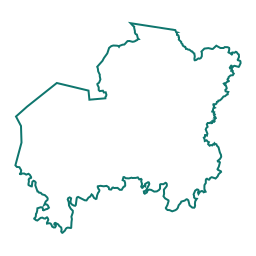 outline of Adansi South, Ashanti, Ghana
{"feature_id": "2480657B97463209696641", "entity_name": "Adansi South", "entity_type": "district", "adm_level": 2, "iso_a3": "GHA", "parent_name": "Ghana", "parent_adm1": "Ashanti", "projection": "robinson", "projection_center": [-1.341, 6.005], "detail": "fine", "context": "isolated", "style": "outline", "palette": "teal", "viewbox_px": 256, "rotation_deg": 0, "n_neighbors": 0, "source": "geoboundaries", "source_scale": "gbopen_adm2", "svg_char_len": 5814}
<svg xmlns="http://www.w3.org/2000/svg" viewBox="0 0 256 256"><path d="M19.2,173.9L20.9,174.2L22.0,173.5L24.2,173.5L26.2,174.6L28.5,173.8L29.8,174.8L31.1,177.0L31.1,177.8L30.6,178.2L29.5,178.3L28.7,179.5L28.9,181.6L28.4,184.1L28.6,185.1L31.0,186.3L31.8,186.3L32.4,181.8L33.5,180.8L34.6,181.2L35.7,182.4L35.3,185.3L37.5,191.5L38.2,191.5L39.1,192.7L40.7,192.8L42.2,194.4L44.8,195.1L47.3,197.5L47.7,198.7L47.5,199.9L45.7,201.5L44.3,204.8L45.0,204.3L46.6,204.4L47.9,205.5L48.9,207.7L47.4,208.9L45.8,209.3L43.7,210.3L43.0,210.1L42.9,208.7L42.4,207.6L40.9,207.2L37.4,208.3L37.2,210.7L36.6,213.0L36.0,213.8L35.8,216.4L35.2,217.7L34.3,218.3L34.2,218.7L36.1,220.2L37.4,220.5L40.6,217.9L42.3,217.6L43.8,218.4L45.2,218.6L46.7,217.4L47.2,217.4L48.0,218.7L48.3,219.9L46.9,222.9L47.0,223.6L49.2,223.2L50.5,223.5L51.2,224.3L52.2,226.6L53.8,227.5L55.1,227.4L55.9,226.0L55.8,225.1L54.4,224.7L54.3,224.0L54.7,223.1L55.4,222.9L58.2,224.4L59.3,226.0L61.2,227.5L61.6,229.6L61.2,231.4L61.9,232.6L62.5,232.8L64.9,230.6L65.9,228.7L66.7,228.0L67.8,227.6L70.9,228.0L71.2,227.7L71.5,222.0L71.9,219.1L71.4,216.7L72.8,212.6L72.8,210.7L70.8,208.8L69.0,205.5L68.8,202.3L67.7,199.4L68.3,198.1L69.7,197.4L71.1,198.3L70.5,201.4L70.8,203.3L72.2,204.7L74.0,205.6L75.1,205.8L75.8,205.0L76.7,198.2L77.0,197.5L78.1,196.9L84.8,200.3L86.5,200.4L88.5,197.6L90.2,196.6L91.6,194.4L92.5,195.1L94.0,197.9L95.8,199.0L96.5,198.7L97.1,195.4L98.1,192.8L99.0,191.7L99.4,190.6L99.2,189.6L98.5,189.0L97.7,187.0L97.8,186.3L100.5,185.8L103.6,186.3L106.6,185.9L108.7,187.3L109.1,189.2L110.0,189.5L111.2,189.5L112.4,187.7L113.1,187.5L114.0,188.0L117.6,187.9L119.8,189.8L121.7,189.8L123.2,187.3L123.9,186.6L124.5,186.6L125.2,185.6L125.1,182.8L124.5,181.0L122.6,180.1L123.5,177.1L124.3,177.1L125.6,178.2L128.9,178.4L131.5,177.7L132.4,178.0L135.9,177.9L137.8,177.4L139.3,179.4L141.0,178.9L141.6,179.5L141.2,181.3L142.1,184.1L141.2,186.7L142.2,187.9L142.7,187.6L143.7,186.0L144.3,185.8L145.2,186.4L145.4,185.8L145.0,184.4L145.2,183.9L148.1,182.2L148.9,182.5L149.3,183.9L149.0,184.8L146.1,190.2L145.5,190.8L143.8,191.4L144.1,193.2L144.8,193.7L146.9,192.4L147.6,190.5L149.2,189.6L151.2,189.9L154.2,191.6L156.8,191.4L159.0,190.0L160.0,188.7L160.1,184.5L160.9,184.1L163.4,184.2L165.5,182.8L166.2,183.1L166.7,183.8L166.9,185.1L166.6,186.3L163.9,189.6L164.1,193.9L163.5,196.3L165.1,198.4L168.4,200.3L168.6,201.0L167.4,205.1L165.8,208.0L166.0,208.6L167.5,210.0L169.5,210.1L172.2,211.3L175.1,210.3L176.6,209.4L177.8,207.9L178.7,205.2L180.4,203.4L181.3,201.6L184.7,200.6L186.4,199.3L187.2,199.4L188.3,200.3L189.6,205.4L192.3,207.6L194.2,207.7L194.7,207.1L195.1,205.5L194.9,203.8L195.2,201.3L196.8,198.8L195.2,198.6L194.1,197.5L194.1,196.1L193.6,194.4L195.2,190.6L197.0,189.4L198.3,189.8L198.6,190.7L198.0,192.7L198.5,194.0L200.1,191.7L201.9,191.0L202.9,191.3L203.6,192.3L205.6,191.7L204.4,189.2L204.4,185.8L204.6,184.8L205.8,183.0L205.8,180.0L206.4,178.9L207.0,178.7L208.3,179.6L209.3,179.6L210.3,177.9L211.8,177.2L215.6,178.5L217.6,176.4L218.6,174.2L221.1,171.9L220.9,171.3L217.9,169.8L217.5,169.2L218.8,166.7L219.9,162.4L219.5,161.8L217.9,161.5L217.7,160.9L220.1,158.8L221.2,156.8L221.0,154.9L219.9,152.6L218.5,147.3L216.8,145.5L216.4,144.3L215.1,143.9L214.5,143.3L214.0,144.6L213.2,144.2L212.2,145.4L211.0,145.0L209.6,145.7L208.1,144.1L208.9,142.2L207.9,141.8L206.6,140.3L204.8,141.0L204.6,139.3L203.8,137.7L205.0,136.8L205.0,135.1L205.6,135.0L206.9,135.6L207.4,133.6L205.7,129.4L206.5,127.8L207.6,126.8L206.8,124.3L207.7,123.0L209.3,123.1L210.5,122.4L211.2,123.2L212.1,123.0L212.2,121.4L214.0,121.9L214.5,121.4L213.6,120.3L214.7,119.8L214.9,118.7L215.8,118.2L215.6,117.6L214.3,117.6L214.9,116.6L214.1,115.5L214.8,114.4L213.7,113.8L214.2,112.2L212.2,111.6L212.4,111.1L213.1,110.9L213.0,109.5L213.4,108.3L214.8,107.7L213.8,106.9L214.1,105.9L213.9,105.1L213.3,104.8L213.5,104.2L215.7,104.2L216.5,103.5L216.9,101.9L218.2,101.5L218.4,100.6L219.8,100.4L221.4,99.1L223.5,96.5L225.0,96.2L226.6,94.8L227.6,94.4L227.4,93.9L228.3,92.0L225.6,91.3L225.3,90.0L226.7,88.5L226.7,88.0L225.8,85.3L225.0,85.2L223.8,83.6L224.5,83.2L225.7,83.2L226.9,82.0L228.8,81.2L228.8,80.9L227.5,79.7L227.8,78.8L228.5,78.2L228.6,77.1L230.6,75.4L232.8,75.2L233.8,73.6L232.7,72.4L232.8,71.1L231.2,70.8L231.4,70.2L232.1,70.1L231.5,68.2L230.1,68.4L229.8,67.7L231.1,65.7L231.5,65.7L232.6,67.3L233.5,66.2L234.4,65.8L238.7,66.9L239.1,66.4L240.6,63.1L240.4,61.3L240.0,60.8L237.9,60.2L237.7,59.8L239.0,57.0L238.8,54.5L237.8,53.8L236.6,52.1L235.8,51.8L234.6,52.7L232.3,52.5L231.9,52.8L232.1,54.2L231.8,54.5L229.5,52.8L228.6,52.6L228.4,52.3L228.8,51.6L229.3,49.1L229.1,47.9L227.7,47.2L224.7,47.1L223.6,48.0L220.4,48.0L216.3,45.7L213.0,48.8L212.1,49.0L208.4,48.1L204.4,48.6L201.4,51.6L201.9,52.9L201.8,56.3L200.8,58.1L199.6,58.7L198.4,58.4L196.1,60.0L194.8,60.3L194.5,60.0L194.4,58.6L194.8,56.4L194.3,53.5L193.9,53.5L192.3,51.5L191.8,51.6L189.4,49.7L188.3,49.7L186.8,48.8L186.0,48.9L185.8,48.0L185.0,47.2L185.1,46.8L183.5,46.2L182.7,45.4L182.6,44.3L181.7,43.5L181.2,42.7L181.2,41.9L178.8,39.6L179.0,38.6L179.0,37.4L178.6,37.1L178.7,36.2L178.2,35.2L177.0,34.9L176.8,32.5L177.1,32.4L176.1,32.1L175.3,30.1L130.6,23.2L133.1,25.9L134.2,26.6L134.1,27.6L134.9,31.1L134.9,32.7L135.7,34.1L136.9,34.6L137.8,38.2L138.7,39.1L137.7,39.3L137.1,40.1L136.1,40.4L135.7,40.9L133.9,41.6L132.5,41.8L129.5,41.0L127.5,41.1L124.4,44.5L122.6,44.7L119.6,45.8L119.0,46.8L118.4,46.0L117.0,45.7L113.3,45.5L111.3,46.1L109.1,47.9L107.3,53.4L103.9,58.1L102.5,60.8L97.2,66.8L97.8,68.2L98.2,71.4L99.8,74.7L99.7,76.0L100.4,79.4L99.1,82.6L97.4,83.9L97.4,84.7L98.7,87.3L98.7,90.0L99.7,91.1L102.9,90.7L103.9,92.5L105.7,92.3L106.4,94.8L106.1,96.1L105.5,96.8L105.4,98.3L89.4,99.7L88.5,90.6L56.8,83.0L27.0,106.7L16.0,116.5L21.0,126.0L21.5,142.6L15.4,165.3L16.8,166.9L19.4,167.2L21.2,170.3L20.6,173.5L19.2,173.9Z" fill="none" stroke="#0f766e" stroke-width="2"/></svg>